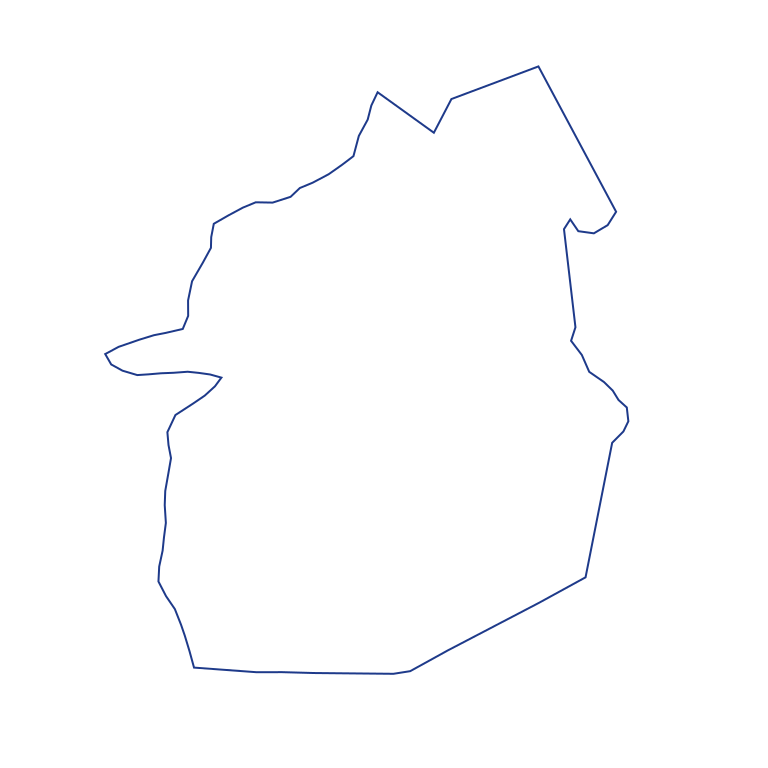 the district of Anadia, Alagoas, Brazil, rotated 77°
{"feature_id": "56859067B99757854432451", "entity_name": "Anadia", "entity_type": "district", "adm_level": 2, "iso_a3": "BRA", "parent_name": "Brazil", "parent_adm1": "Alagoas", "projection": "orthographic", "projection_center": [-36.324, -9.663], "detail": "fine", "context": "isolated", "style": "outline", "palette": "blue", "viewbox_px": 768, "rotation_deg": 77, "n_neighbors": 0, "source": "geoboundaries", "source_scale": "gbopen_adm2", "svg_char_len": 1208}
<svg xmlns="http://www.w3.org/2000/svg" viewBox="0 0 768 768"><g transform="rotate(77 384 384)"><path d="M617.7,231.1L492.6,174.9L484.1,161.4L475.3,154.3L461.5,152.7L452.3,159.1L441.9,162.6L431.6,169.2L418.3,181.3L400.2,184.7L384.0,192.0L371.8,184.7L273.6,173.8L265.5,165.5L278.8,160.3L284.4,145.6L279.5,130.3L268.4,119.1L109.3,162.1L121.5,254.2L150.4,278.9L98.3,324.6L109.8,333.7L122.7,340.4L136.6,352.7L155.1,362.5L161.0,375.6L167.1,390.6L171.8,408.2L174.1,421.9L180.6,432.9L182.2,451.7L178.1,468.1L180.4,481.8L184.7,497.6L189.6,513.8L202.0,519.3L212.4,522.0L225.0,533.2L240.7,547.9L258.5,556.1L273.6,559.5L285.1,567.7L285.1,585.3L284.7,597.2L285.8,612.5L288.1,634.2L292.1,648.9L303.6,645.4L312.2,635.8L319.8,622.4L321.6,611.4L323.4,598.8L325.7,586.7L327.9,572.5L331.5,562.0L335.6,551.3L341.2,541.0L348.2,549.2L355.0,561.3L360.1,574.4L367.3,594.2L382.2,605.9L395.0,607.7L408.3,608.2L422.3,614.1L439.0,621.2L452.7,624.9L470.3,627.8L484.0,632.9L496.6,637.2L511.3,644.1L525.7,648.2L541.7,644.1L556.3,638.4L573.0,635.9L584.5,634.7L600.7,633.6L617.6,632.9L636.1,573.2L641.9,547.9L649.8,517.5L668.5,440.0L669.7,423.1L658.0,382.0L632.1,282.3L617.7,231.1Z" fill="none" stroke="#1e3a8a" stroke-width="2"/></g></svg>